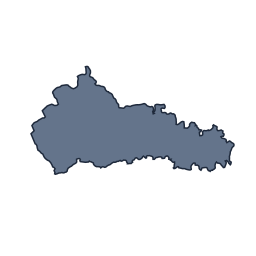 the district of Edéia, Goiás, Brazil, rotated 248°
{"feature_id": "56859067B71321794854709", "entity_name": "Edéia", "entity_type": "district", "adm_level": 2, "iso_a3": "BRA", "parent_name": "Brazil", "parent_adm1": "Goiás", "projection": "albers", "projection_center": [-49.992, -17.506], "detail": "fine", "context": "isolated", "style": "filled", "palette": "slate", "viewbox_px": 256, "rotation_deg": 248, "n_neighbors": 0, "source": "geoboundaries", "source_scale": "gbopen_adm2", "svg_char_len": 5837}
<svg xmlns="http://www.w3.org/2000/svg" viewBox="0 0 256 256"><g transform="rotate(248 128 128)"><path d="M72.9,156.5L73.6,159.6L73.1,160.3L72.1,160.2L70.7,162.3L70.0,163.1L69.0,165.5L68.0,166.4L66.8,168.1L66.3,168.9L65.8,169.9L65.9,171.1L67.0,171.5L68.3,171.7L69.1,172.3L69.7,173.0L70.9,175.4L70.7,176.3L70.1,177.1L69.4,176.7L68.5,176.4L68.0,177.1L67.7,178.3L66.4,179.3L65.2,179.3L64.3,178.9L63.0,178.9L61.5,179.8L62.0,180.6L62.9,181.1L63.2,181.9L62.9,183.1L62.5,184.6L61.9,186.0L61.1,186.4L59.7,186.3L58.3,186.6L57.8,187.5L57.0,187.9L57.5,188.9L57.5,189.8L57.1,190.6L57.6,191.4L57.6,192.6L58.2,193.8L59.0,194.2L60.1,194.4L60.9,194.8L61.8,195.4L62.5,196.0L63.3,197.3L62.0,197.8L61.3,199.1L60.4,200.2L59.4,200.5L58.2,200.7L57.0,201.3L55.6,201.6L55.3,202.8L56.5,204.0L58.1,205.5L59.1,206.1L60.1,206.1L61.0,205.8L61.0,207.2L59.5,208.0L58.6,208.2L57.6,208.2L56.7,208.7L55.6,209.0L56.1,209.9L57.7,210.9L58.6,210.2L59.7,209.9L60.7,210.2L62.0,210.8L63.7,211.4L65.2,212.6L66.7,213.5L67.6,213.9L68.5,215.0L69.7,216.1L70.5,216.8L71.0,217.5L71.6,219.2L72.5,219.9L73.5,220.1L74.6,219.6L75.8,218.5L77.0,218.1L78.0,217.2L77.4,214.2L79.0,214.0L79.8,214.6L80.9,214.4L82.3,213.0L82.9,212.0L83.8,211.1L85.1,210.9L85.1,212.3L84.6,213.3L85.7,214.5L86.8,214.7L87.6,214.0L88.5,214.2L89.6,214.9L90.5,214.1L91.3,213.6L91.3,212.4L91.6,211.0L92.1,210.1L93.6,209.9L94.7,210.5L95.6,211.0L96.6,210.4L97.7,209.3L98.9,208.5L98.4,207.5L97.4,207.4L96.4,206.8L95.9,205.7L95.3,204.3L95.3,203.0L95.3,202.0L96.1,201.7L96.0,200.3L96.4,198.9L97.2,197.6L96.9,196.2L96.0,195.5L94.8,195.2L93.8,194.7L93.5,193.9L93.5,192.9L94.0,191.7L96.2,192.2L97.3,192.6L97.5,194.4L98.6,195.3L99.2,194.5L99.8,193.1L101.3,193.2L102.3,192.5L103.1,192.3L104.0,192.7L104.8,192.3L105.0,191.4L105.7,192.1L107.1,191.7L108.0,191.6L108.6,190.4L109.5,189.2L109.2,187.9L108.4,186.5L106.7,185.8L106.1,184.5L105.6,183.1L107.0,180.2L109.5,181.2L111.3,181.7L112.9,182.1L113.6,181.1L113.7,179.9L113.4,178.7L112.6,176.1L112.7,174.9L113.4,174.0L115.4,175.0L116.5,175.3L118.1,175.9L119.2,176.1L120.5,176.1L122.3,176.5L124.0,175.7L124.5,174.3L125.9,173.3L126.0,172.0L125.7,171.1L126.0,169.9L126.7,169.0L128.0,168.8L128.7,167.7L129.0,166.5L129.6,165.3L130.9,165.1L131.7,165.5L132.8,165.5L133.6,166.0L133.7,167.2L133.0,168.2L132.5,169.1L133.1,170.0L134.5,170.6L135.4,170.5L136.4,170.2L137.0,167.7L137.4,166.6L138.7,164.5L139.2,163.3L139.2,162.4L139.0,161.5L138.0,161.0L136.2,160.6L135.4,160.2L134.6,159.9L133.4,158.7L132.9,156.9L133.7,157.0L134.6,157.8L135.6,158.6L136.9,158.9L138.1,158.9L139.0,158.2L139.1,157.0L139.7,155.9L141.3,154.1L143.6,153.2L144.6,152.1L144.9,149.0L145.5,146.6L146.0,145.5L146.5,144.0L147.0,141.5L147.2,140.1L147.1,138.2L147.9,136.8L148.7,135.6L149.0,134.2L148.7,133.2L148.2,132.4L148.0,131.2L148.8,129.9L150.1,127.4L151.1,127.3L153.2,128.0L154.1,127.8L155.2,127.3L156.3,127.1L158.6,127.3L159.8,127.0L161.0,126.1L162.9,125.9L164.0,125.9L164.9,125.9L165.9,125.5L167.0,124.7L167.8,123.7L168.9,123.5L169.4,122.6L170.2,122.0L171.3,121.6L172.4,121.4L173.5,121.6L174.4,121.4L175.2,121.0L175.9,120.2L176.7,118.7L178.0,117.5L178.6,116.6L179.0,115.3L179.6,114.6L180.3,114.1L181.4,113.9L181.7,115.1L182.7,115.9L184.0,115.8L185.4,114.8L187.9,114.1L188.9,113.1L189.6,112.2L190.7,111.9L191.9,112.6L193.1,113.8L195.1,114.6L196.9,114.5L198.0,114.1L199.3,114.1L200.2,113.5L200.7,112.3L200.7,111.4L199.0,111.3L197.0,110.6L195.3,110.1L194.2,109.5L193.8,108.8L193.7,107.9L194.2,106.9L194.8,105.9L195.0,105.0L195.1,103.9L195.1,102.8L195.0,101.4L194.7,100.4L193.2,100.5L192.3,100.3L190.0,98.8L188.9,98.3L187.7,98.0L186.2,97.3L185.3,96.1L184.8,93.6L184.9,92.0L186.4,90.4L187.9,89.6L189.1,88.8L190.3,88.4L190.9,87.4L191.3,86.2L192.2,82.5L192.0,81.6L191.6,80.6L191.7,79.1L192.0,77.7L191.8,76.5L191.5,75.4L191.1,74.6L190.8,73.7L189.9,72.0L188.8,71.3L187.5,71.5L184.2,71.4L181.5,72.7L179.9,72.6L178.9,72.3L177.6,72.4L176.2,72.4L175.7,70.9L175.8,70.0L176.2,68.8L176.6,68.0L177.8,67.1L178.6,66.2L178.7,64.2L178.7,62.5L178.6,61.0L178.1,60.0L177.6,58.5L177.2,57.7L176.8,56.5L176.1,55.0L169.3,55.5L168.7,54.1L169.3,52.5L169.0,50.4L168.8,48.2L168.1,46.4L168.1,44.4L168.0,42.9L166.8,40.7L166.2,39.8L160.6,39.9L159.0,35.9L148.1,36.0L147.3,36.7L145.7,36.9L143.5,36.4L141.2,36.2L139.5,37.4L137.1,38.2L135.7,39.3L134.0,39.3L132.0,39.5L130.5,40.0L128.4,41.2L127.1,42.5L125.8,43.0L124.5,43.4L121.7,43.7L120.2,43.6L119.0,44.7L117.5,45.1L116.2,43.5L114.1,43.6L113.0,42.8L112.3,43.4L112.1,45.6L112.2,46.8L111.6,48.9L111.5,50.1L110.8,50.8L110.4,51.9L110.5,52.9L110.3,54.2L110.8,55.4L111.8,56.0L113.1,57.3L113.4,58.5L113.7,59.9L113.8,61.3L114.7,63.7L114.8,65.2L115.1,66.8L115.7,67.7L118.3,68.6L118.3,70.2L117.7,71.7L116.4,71.9L115.7,71.1L114.7,71.2L113.9,72.6L112.1,75.8L111.7,77.3L111.3,78.5L111.8,79.7L110.9,80.3L110.5,81.2L109.6,81.8L108.6,82.8L107.3,82.5L105.8,82.9L104.7,83.6L104.0,84.3L102.8,87.0L102.1,87.6L101.2,87.8L101.6,89.0L101.6,90.1L101.0,90.9L100.3,91.6L100.1,92.8L100.7,94.7L100.9,96.2L100.7,97.3L101.6,100.6L101.7,101.9L101.2,102.8L100.9,104.1L101.2,105.1L100.7,106.5L100.9,108.6L99.8,109.2L99.6,110.5L99.9,111.9L98.9,113.8L98.1,114.2L96.9,114.0L95.9,114.4L95.1,114.0L94.6,115.5L94.4,116.7L93.9,117.4L94.6,119.5L95.7,119.4L96.3,120.6L96.2,121.8L97.4,123.5L97.2,124.9L95.8,125.5L94.8,126.2L94.4,127.3L94.6,128.6L95.0,129.9L95.8,130.7L96.1,131.8L94.4,132.6L93.3,133.3L93.5,134.1L94.7,134.3L95.1,135.5L94.6,136.6L94.3,137.7L93.7,138.3L93.1,139.2L92.3,139.9L91.4,140.1L89.6,139.5L89.1,140.7L90.1,143.0L89.7,144.3L89.7,145.6L89.4,146.4L89.1,147.3L88.2,148.3L87.0,148.2L86.5,149.5L86.3,150.6L87.1,151.3L87.5,152.1L87.5,153.8L86.8,154.4L85.1,154.8L83.8,154.1L83.2,155.1L82.9,156.1L82.3,155.3L81.6,155.9L79.9,156.5L79.2,157.1L79.0,158.4L77.6,157.9L76.7,157.2L75.2,156.4L74.3,156.1L74.0,155.1L73.1,155.4L72.9,156.5ZM132.9,156.9L131.7,157.7L131.7,156.7L132.9,156.9Z" fill="#64748b" stroke="#1e293b" stroke-width="1.5"/></g></svg>